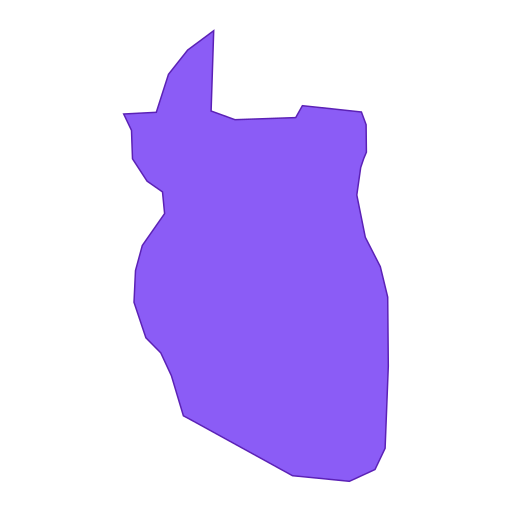 outline of Wadi Bissam, Kanem, Chad
{"feature_id": "50815135B97156808183777", "entity_name": "Wadi Bissam", "entity_type": "district", "adm_level": 2, "iso_a3": "TCD", "parent_name": "Chad", "parent_adm1": "Kanem", "projection": "natural_earth1", "projection_center": [15.685, 13.516], "detail": "fine", "context": "isolated", "style": "filled", "palette": "violet", "viewbox_px": 512, "rotation_deg": 0, "n_neighbors": 0, "source": "geoboundaries", "source_scale": "gbopen_adm2", "svg_char_len": 585}
<svg xmlns="http://www.w3.org/2000/svg" viewBox="0 0 512 512"><path d="M375.0,469.5L385.1,448.3L388.3,366.2L387.7,297.1L380.3,266.6L365.3,237.3L356.8,195.0L360.7,167.5L363.7,158.6L366.4,152.2L366.1,124.7L361.4,112.0L331.8,108.8L302.4,105.7L295.7,117.6L235.0,119.7L211.1,111.0L213.7,30.7L187.7,50.0L168.5,74.3L156.3,112.3L123.7,114.0L131.5,130.4L132.5,158.8L147.1,181.2L162.5,191.9L164.6,213.6L142.3,245.5L135.5,270.5L134.0,302.3L145.9,337.8L160.8,352.9L171.4,375.7L183.4,415.8L192.5,420.7L292.5,475.7L349.4,481.3L375.0,469.5Z" fill="#8b5cf6" stroke="#5b21b6" stroke-width="1.5"/></svg>